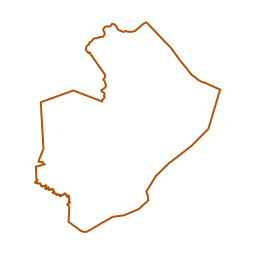 outline of San Esteban, Olancho, Honduras, rotated 4°
{"feature_id": "27666195B69653705101844", "entity_name": "San Esteban", "entity_type": "district", "adm_level": 2, "iso_a3": "HND", "parent_name": "Honduras", "parent_adm1": "Olancho", "projection": "orthographic", "projection_center": [-85.837, 15.313], "detail": "fine", "context": "isolated", "style": "outline", "palette": "amber", "viewbox_px": 256, "rotation_deg": 4, "n_neighbors": 0, "source": "geoboundaries", "source_scale": "gbopen_adm2", "svg_char_len": 5236}
<svg xmlns="http://www.w3.org/2000/svg" viewBox="0 0 256 256"><g transform="rotate(4 128 128)"><path d="M139.0,21.3L137.2,22.2L135.6,23.4L135.1,24.0L134.6,24.5L133.0,26.0L132.4,26.7L131.6,27.6L130.9,28.2L129.9,28.9L129.5,29.4L128.9,30.1L128.6,30.4L128.3,30.6L127.7,30.8L127.2,31.1L126.0,31.6L125.7,31.7L124.0,31.8L122.5,31.9L122.0,32.1L121.8,32.1L121.0,32.0L120.1,31.7L119.6,31.5L119.3,31.4L118.7,31.6L117.5,32.2L117.2,32.3L116.6,32.4L115.4,32.0L114.2,31.7L113.1,31.3L112.0,31.1L111.6,30.9L111.1,30.5L111.0,30.4L110.8,30.1L110.6,29.6L110.4,29.1L109.6,28.0L109.3,27.4L108.7,27.1L108.5,26.9L107.9,26.0L107.7,25.9L107.3,25.7L106.4,25.4L106.0,25.3L105.1,25.3L104.9,25.3L104.7,25.5L104.0,26.9L103.2,27.6L102.7,28.0L102.2,28.1L101.7,28.2L100.6,28.1L100.0,28.1L98.8,28.3L98.1,28.5L97.8,28.7L97.2,29.7L96.7,30.9L96.5,31.5L96.6,32.2L96.8,32.9L97.2,33.5L97.7,34.1L98.0,34.5L98.1,34.9L98.2,35.2L98.2,35.6L98.1,35.9L97.8,36.9L97.6,37.4L97.0,38.2L96.8,38.4L96.5,38.7L96.1,38.9L95.9,39.0L95.5,39.0L94.3,39.1L93.4,39.2L93.1,39.3L92.8,39.7L92.5,39.8L91.6,40.1L90.5,40.6L90.2,40.8L89.8,40.8L88.3,41.0L88.0,41.0L87.9,41.1L87.5,41.4L87.1,41.8L86.3,42.8L86.0,43.2L85.6,44.0L85.3,44.4L84.9,44.6L83.9,45.2L83.5,45.5L83.4,45.9L83.5,46.8L83.5,47.2L83.4,47.4L83.2,47.5L82.7,47.8L81.8,48.3L81.6,48.5L81.3,49.1L80.5,50.9L80.6,51.0L80.4,51.8L80.4,52.3L80.4,52.5L80.5,52.7L81.1,53.7L81.4,54.3L81.6,54.5L82.1,54.8L82.5,55.1L83.0,55.2L83.3,55.2L83.4,55.3L83.5,55.6L83.5,55.8L83.7,55.7L83.9,55.6L84.1,55.6L84.3,55.7L84.7,56.1L84.8,56.1L85.0,56.0L85.2,56.6L85.3,56.8L85.7,57.1L85.8,57.3L101.6,76.8L101.4,77.2L101.4,77.9L101.3,79.4L100.8,80.1L100.1,80.7L100.0,80.9L100.0,81.1L100.1,81.3L100.3,81.7L101.2,82.7L101.4,83.0L101.6,83.5L102.2,84.7L102.3,85.7L103.0,86.6L103.0,86.9L103.0,87.4L102.8,88.6L102.7,88.9L102.4,89.2L101.3,90.2L100.9,90.5L100.5,90.9L100.1,91.2L99.0,91.8L98.8,92.1L98.7,92.4L98.8,92.7L98.9,93.0L99.6,93.6L100.0,93.8L101.7,94.7L101.9,94.8L102.0,95.0L102.2,95.5L102.2,96.2L102.1,96.7L101.8,97.6L101.8,97.8L101.8,98.0L102.4,98.6L102.4,98.8L102.4,99.0L102.4,99.3L102.3,99.6L102.2,99.9L101.9,100.2L100.7,101.4L100.2,101.8L100.0,102.1L99.9,102.4L100.1,103.1L100.1,103.3L70.8,94.4L39.2,108.4L40.7,120.4L45.1,154.4L41.0,167.7L45.2,168.1L45.1,168.4L45.3,168.7L45.8,169.1L46.7,169.7L46.9,169.8L47.1,170.0L38.8,173.1L40.0,183.8L40.0,184.4L40.1,185.0L40.3,185.2L40.8,185.8L41.2,186.1L41.3,186.2L41.2,186.3L41.1,186.5L40.3,187.0L39.9,187.8L39.3,188.3L39.2,188.6L39.2,188.9L39.4,189.0L39.6,189.2L40.0,189.2L40.4,189.2L41.0,189.6L41.3,189.2L41.5,188.9L42.0,188.9L42.3,189.0L42.6,189.3L42.9,189.6L43.1,189.7L43.4,189.6L43.9,189.5L44.2,189.5L44.4,189.5L44.5,189.6L44.6,189.8L44.7,190.0L44.8,190.7L44.9,190.9L45.1,191.0L45.7,191.4L45.6,191.9L45.6,192.1L46.0,192.1L46.3,192.2L46.5,192.3L46.8,192.4L47.4,191.8L47.7,191.6L47.8,191.6L48.5,191.8L49.2,191.6L49.9,191.0L50.1,190.9L50.2,191.0L50.4,191.1L50.5,191.6L50.5,192.1L50.4,192.6L50.2,192.9L49.6,193.6L49.4,193.9L49.5,194.0L49.8,194.3L50.4,194.4L51.3,194.6L51.5,194.5L52.1,194.4L52.4,194.3L52.6,194.1L52.6,193.8L52.3,193.0L52.5,192.9L52.8,192.8L53.1,192.9L53.2,193.0L53.2,193.3L53.2,193.5L53.4,194.0L53.5,194.4L53.5,195.1L53.5,195.3L54.0,195.4L54.3,195.3L54.4,195.2L54.7,194.6L54.9,194.5L55.3,194.5L55.7,194.6L56.0,194.8L56.3,194.7L56.4,194.3L56.5,194.1L57.0,194.1L57.4,194.5L57.5,194.6L57.9,195.4L58.3,196.2L58.5,196.4L58.8,196.4L58.9,196.5L58.7,197.0L57.6,197.3L57.5,197.6L57.4,197.7L57.5,197.9L57.6,198.1L57.9,198.4L58.1,198.4L58.5,198.2L58.7,197.7L58.9,197.6L59.1,197.6L60.2,198.6L60.6,199.3L61.3,199.8L61.5,199.7L61.6,199.2L61.8,198.9L62.0,198.7L62.4,199.2L62.6,199.2L63.1,199.2L63.2,199.3L63.2,199.6L63.3,199.7L63.4,199.8L63.6,199.8L63.8,199.6L63.8,199.4L64.0,199.3L64.3,199.4L64.3,199.5L64.3,200.1L64.4,200.4L64.7,200.6L65.0,200.9L65.4,200.9L65.8,200.7L66.1,200.4L66.1,200.2L66.0,199.5L66.1,199.4L66.4,199.3L66.7,199.3L67.1,199.4L67.4,199.4L67.7,199.4L68.4,198.6L68.9,198.3L69.5,197.7L69.8,197.6L70.0,197.6L70.2,197.8L70.2,198.0L70.2,198.5L70.5,198.9L70.6,199.0L70.8,199.1L71.3,199.1L71.5,199.3L71.8,199.9L72.0,200.8L72.3,200.9L72.7,200.7L72.8,200.5L73.1,199.6L73.3,199.6L73.5,199.6L73.6,200.2L74.1,200.7L74.1,200.9L74.0,201.3L73.9,201.5L74.1,201.8L74.1,202.3L74.2,202.7L74.4,202.8L74.6,203.0L74.4,203.4L74.3,203.5L74.2,204.4L74.2,204.8L74.5,204.7L74.6,204.8L74.8,205.1L74.8,205.7L74.8,205.9L74.7,206.0L74.8,206.1L75.1,206.3L75.1,206.5L74.5,206.4L74.2,206.7L73.8,206.8L73.7,206.9L73.8,207.1L74.0,207.4L73.8,207.7L74.0,208.1L73.9,208.3L73.7,208.4L73.1,208.3L72.9,208.3L72.8,208.6L72.9,208.8L73.0,209.0L73.3,209.2L73.6,209.3L73.7,209.6L74.0,209.9L74.5,210.2L74.9,210.3L75.3,225.8L87.9,233.8L88.8,234.0L89.7,234.5L90.8,234.6L91.3,234.7L92.2,234.6L92.6,234.6L92.8,234.6L93.1,234.4L93.4,234.3L93.6,234.3L94.1,234.4L110.9,223.0L118.9,217.7L130.0,215.4L144.6,208.0L150.8,201.3L151.1,201.1L151.3,201.0L151.7,200.8L152.1,200.1L152.7,199.5L153.0,198.9L153.1,198.5L153.1,198.0L153.0,197.7L152.7,197.1L152.7,195.7L152.5,194.4L152.4,193.9L151.8,192.4L151.1,191.1L150.8,190.6L150.6,190.3L159.2,173.9L171.0,160.6L192.4,141.6L208.1,123.4L208.9,120.3L217.2,83.3L201.9,77.6L198.6,76.9L195.1,75.4L187.5,70.2L186.0,68.7L183.1,65.3L179.8,61.9L175.6,57.4L165.3,45.2L139.0,21.3Z" fill="none" stroke="#b45309" stroke-width="2"/></g></svg>